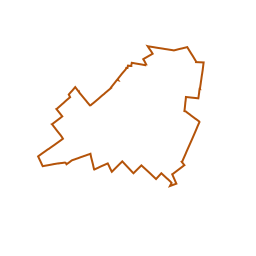 the district of Ianca, Braila, Romania, rotated 69°
{"feature_id": "2599482B90302220331569", "entity_name": "Ianca", "entity_type": "district", "adm_level": 2, "iso_a3": "ROU", "parent_name": "Romania", "parent_adm1": "Braila", "projection": "mercator", "projection_center": [27.484, 45.119], "detail": "fine", "context": "isolated", "style": "outline", "palette": "amber", "viewbox_px": 256, "rotation_deg": 69, "n_neighbors": 0, "source": "geoboundaries", "source_scale": "gbopen_adm2", "svg_char_len": 3432}
<svg xmlns="http://www.w3.org/2000/svg" viewBox="0 0 256 256"><g transform="rotate(69 128 128)"><path d="M147.6,59.1L145.0,60.7L143.8,61.5L143.7,61.7L143.1,62.0L138.7,64.8L137.6,65.4L134.7,67.3L133.5,67.9L133.2,68.3L132.4,69.3L131.4,68.7L128.7,67.3L124.1,65.0L124.0,64.9L122.3,64.0L119.8,62.8L122.8,57.0L123.5,55.6L125.5,51.7L121.2,49.3L119.7,48.5L119.4,48.4L117.1,47.1L117.3,46.8L117.2,46.8L115.0,45.6L113.1,44.5L110.9,43.3L108.8,42.1L106.6,40.9L104.3,39.6L104.2,39.5L102.4,38.5L100.3,37.3L100.2,37.3L98.2,36.2L96.1,35.1L93.9,33.9L90.9,40.8L90.6,40.6L90.4,40.6L83.6,41.8L81.8,42.2L77.1,43.1L73.7,43.7L73.6,44.8L73.3,47.0L73.1,48.9L72.8,50.7L72.5,53.1L72.3,55.0L72.0,57.4L71.8,57.7L70.9,59.2L69.6,61.5L68.6,63.2L67.5,65.2L66.4,67.0L65.5,68.6L64.2,70.9L63.0,73.0L61.9,74.8L60.0,78.1L59.0,79.9L58.7,80.3L59.7,80.1L61.6,79.7L63.5,79.2L65.3,78.8L67.5,78.4L67.8,80.2L68.1,82.2L68.6,85.4L68.9,87.5L69.2,89.1L71.4,88.7L73.0,88.5L74.9,88.3L74.8,88.5L74.7,88.8L75.6,89.3L74.6,90.9L73.6,92.5L71.9,95.4L70.5,97.8L69.5,99.4L68.5,101.1L71.0,102.7L71.3,102.7L71.3,102.8L70.5,104.5L70.3,104.6L70.2,104.9L69.8,105.4L69.7,105.7L71.3,106.7L71.8,107.0L71.3,108.1L71.7,108.4L72.4,109.1L75.2,114.3L78.1,119.2L78.7,120.2L79.8,120.0L79.1,120.8L79.3,121.3L81.0,124.1L84.1,129.4L84.5,129.3L85.3,131.5L85.8,133.0L86.5,135.0L87.0,136.5L87.7,138.2L88.2,139.9L88.8,141.6L89.4,143.2L90.2,145.3L90.7,146.8L91.3,148.5L92.3,151.4L92.8,153.1L93.4,154.7L93.2,155.5L92.9,155.6L91.3,156.1L89.7,156.7L87.4,157.4L85.4,158.1L77.6,160.7L77.2,160.7L77.3,160.8L76.4,161.0L75.1,161.4L70.9,162.6L71.0,162.8L72.4,165.3L73.2,166.8L73.9,168.3L74.7,169.8L75.5,171.3L78.5,171.0L78.7,171.7L79.3,173.3L79.9,175.1L80.7,177.2L81.6,179.4L82.1,180.9L82.8,182.7L84.7,187.9L84.7,188.0L88.4,186.8L93.6,185.2L94.5,188.0L95.5,191.5L97.1,197.0L97.2,197.3L97.3,197.4L97.3,197.6L97.5,197.5L98.1,197.3L99.1,197.0L99.6,196.9L101.8,196.2L102.4,196.0L102.6,196.0L105.6,195.1L108.7,194.1L111.2,193.3L111.4,193.3L112.9,192.9L114.7,192.6L115.6,195.9L117.1,201.6L117.3,202.3L118.5,207.2L119.2,209.8L119.2,210.4L119.7,212.3L120.0,213.4L121.0,217.4L121.9,220.7L122.1,221.5L122.3,222.1L123.6,222.0L129.0,221.6L130.7,221.5L130.8,221.5L132.4,221.4L133.1,221.3L133.4,219.5L134.1,216.0L134.9,211.6L134.9,211.4L135.0,210.8L135.1,210.6L135.1,210.3L136.0,206.0L136.2,205.2L136.3,205.2L136.7,203.2L137.0,202.3L137.2,201.3L137.7,199.2L138.6,198.5L139.8,198.4L139.4,196.8L138.8,194.4L138.7,194.2L138.3,192.8L138.1,192.1L138.1,190.8L138.2,188.9L138.2,187.4L138.3,185.6L138.3,184.3L138.3,182.2L138.4,180.6L138.4,179.1L138.5,177.5L138.5,175.7L138.6,174.0L138.6,172.3L142.1,172.9L144.6,173.2L149.7,173.8L152.2,174.2L153.2,174.3L154.6,174.5L154.7,174.4L154.6,173.0L154.5,171.4L154.4,169.5L154.3,169.2L154.1,166.2L154.0,163.6L153.8,160.0L153.8,159.6L156.8,159.3L158.8,159.2L160.2,159.1L160.6,159.0L162.6,158.9L163.1,158.8L158.2,147.8L158.2,147.7L157.1,145.3L159.8,144.2L163.0,142.9L166.4,141.5L170.9,139.7L172.2,139.1L170.2,134.6L167.7,128.9L172.5,126.5L176.5,124.5L180.2,122.7L180.3,122.7L183.4,121.2L185.7,120.1L182.2,113.1L189.3,109.6L189.5,109.4L193.2,107.6L194.9,107.0L197.2,109.6L197.3,102.8L187.1,103.3L187.1,103.1L183.4,90.4L183.0,89.2L182.9,88.7L178.7,90.0L178.5,89.1L177.3,88.0L175.8,86.5L175.6,86.3L172.9,83.6L171.1,81.9L169.0,79.8L167.3,78.1L164.7,75.5L163.4,74.2L163.0,73.8L161.4,72.2L155.6,66.5L153.2,64.2L151.3,62.4L148.1,59.2L147.9,59.2L147.6,59.1Z" fill="none" stroke="#b45309" stroke-width="2"/></g></svg>